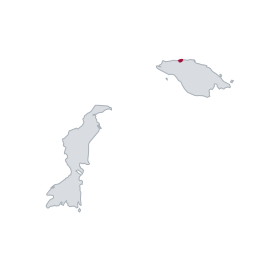 Melaka Tengah, Melaka, Malaysia (highlighted), rotated 143°
{"feature_id": "92858781B41999482633518", "entity_name": "Melaka Tengah", "entity_type": "district", "adm_level": 2, "iso_a3": "MYS", "parent_name": "Malaysia", "parent_adm1": "Melaka", "projection": "albers", "projection_center": [102.271, 2.246], "detail": "fine", "context": "in_parent", "style": "filled", "palette": "rose", "viewbox_px": 256, "rotation_deg": 143, "n_neighbors": 0, "source": "geoboundaries", "source_scale": "gbopen_adm2", "svg_char_len": 4357}
<svg xmlns="http://www.w3.org/2000/svg" viewBox="0 0 256 256"><g transform="rotate(143 128 128)"><path d="M221.5,126.8L220.0,126.6L218.0,125.4L216.0,125.0L210.1,125.0L209.3,124.7L208.1,125.4L206.1,124.8L204.9,124.9L203.6,125.6L201.7,125.0L200.9,126.1L199.7,126.8L198.4,129.8L198.2,133.3L198.5,135.4L197.9,136.6L197.7,139.1L197.2,140.2L195.6,140.7L194.9,140.3L193.4,141.8L193.0,142.5L193.0,144.9L194.2,145.6L194.1,146.1L191.7,148.1L189.7,149.3L189.3,150.3L190.2,152.4L189.9,153.4L188.8,153.9L188.0,156.6L187.0,158.4L186.6,158.6L185.1,158.0L179.6,158.8L177.9,160.3L176.4,161.1L175.1,160.3L174.5,160.4L169.2,158.9L169.0,157.6L168.5,157.4L163.1,157.5L159.8,159.0L158.6,162.4L156.8,162.7L155.5,163.9L153.2,163.8L151.7,164.1L149.5,163.6L147.3,163.5L140.5,165.8L138.3,164.2L131.5,158.2L130.6,157.2L130.4,155.3L129.6,155.0L129.4,154.5L129.3,153.9L130.3,152.4L131.3,154.4L133.0,155.4L135.9,156.2L138.6,155.9L142.4,157.8L143.6,158.1L144.9,158.0L147.3,159.5L148.7,159.5L146.8,158.5L146.4,157.7L146.6,156.8L147.9,155.6L148.0,153.7L149.0,151.8L149.2,151.0L148.5,150.3L148.3,149.2L148.8,147.6L150.1,148.4L151.2,148.2L151.1,145.3L151.9,144.0L153.2,143.1L166.0,140.1L168.1,139.4L169.5,138.5L174.1,132.3L179.5,126.5L180.2,124.4L180.1,123.0L180.5,122.6L181.1,122.4L182.3,123.2L182.9,123.7L184.1,126.2L185.2,126.3L187.0,128.6L187.4,128.9L187.9,128.7L189.3,127.2L189.7,126.1L189.4,125.9L190.0,124.6L189.4,123.8L188.9,120.9L192.1,118.8L192.1,121.2L193.1,124.6L194.7,125.1L195.5,124.9L195.0,123.8L194.9,121.8L194.4,120.5L193.4,118.7L196.1,118.3L198.1,116.5L198.4,115.3L197.1,114.6L196.6,113.7L196.5,112.8L198.6,110.6L198.9,111.2L200.2,111.4L200.8,111.3L201.8,110.4L202.2,109.1L203.8,107.3L204.7,104.5L208.7,99.9L211.9,94.5L212.5,94.9L212.7,96.3L212.1,98.9L213.5,98.2L215.9,94.7L217.3,95.2L217.3,96.2L217.9,98.0L221.9,100.3L222.5,102.6L221.6,103.5L222.0,105.7L221.7,106.4L220.4,107.1L224.0,106.4L226.1,105.1L227.4,107.2L225.4,108.1L225.8,109.1L227.8,108.5L229.0,107.7L230.2,107.8L232.0,108.7L232.6,109.2L233.0,110.3L234.3,110.6L237.1,112.1L239.7,112.0L240.6,112.8L240.5,114.7L239.2,115.8L234.0,117.5L232.6,117.5L230.6,116.9L229.2,117.3L228.4,119.1L230.0,120.9L232.8,122.8L233.1,123.3L232.6,124.2L226.4,125.8L225.1,125.7L222.8,124.8L221.5,126.8ZM20.8,101.8L21.5,99.2L22.5,99.0L23.4,100.6L26.7,101.7L27.7,101.4L28.1,101.6L28.6,102.0L29.5,104.1L31.6,104.1L31.8,107.4L30.9,108.7L30.7,109.5L32.2,111.1L33.1,110.7L33.9,109.3L37.3,108.0L38.7,109.5L40.0,109.4L41.0,108.9L41.7,107.1L43.1,105.8L43.6,104.1L45.6,104.6L46.3,104.9L48.6,108.5L51.5,111.0L53.7,112.4L55.0,113.7L58.7,120.1L59.1,122.2L59.3,125.4L58.7,130.2L58.1,132.6L58.2,133.7L59.1,135.5L58.9,137.1L59.0,142.2L60.1,144.1L63.3,146.3L68.0,156.2L68.8,159.0L68.3,160.0L67.5,160.3L66.8,159.7L66.3,158.4L65.2,157.3L65.4,159.3L63.3,159.0L61.9,159.3L60.3,160.7L59.5,160.7L58.0,158.2L52.7,155.4L50.8,154.7L48.7,152.5L44.1,150.1L41.1,147.8L39.9,146.4L36.9,145.1L35.6,143.6L34.3,142.8L35.0,141.3L34.4,138.5L32.2,136.0L31.2,134.3L29.2,132.5L27.6,130.3L28.6,129.7L27.0,127.3L26.5,125.6L26.5,122.4L24.9,117.9L23.5,111.6L23.8,109.4L23.4,107.1L20.8,101.8ZM216.0,92.4L215.3,93.0L215.1,91.3L216.1,90.4L217.4,90.2L217.5,91.7L217.2,92.2L216.0,92.4ZM17.7,101.5L18.5,102.8L17.9,103.5L17.4,103.3L16.5,103.8L15.5,102.6L15.4,102.1L16.6,102.2L17.7,101.5ZM150.5,147.8L150.2,147.9L149.6,147.5L149.5,144.0L149.8,143.7L150.4,144.4L150.5,147.8ZM23.3,113.7L22.5,115.3L21.6,115.1L21.8,113.3L22.3,113.0L23.3,113.7ZM225.0,126.6L223.4,126.8L222.3,126.8L222.5,125.9L223.0,125.7L225.0,126.6ZM68.0,144.5L67.1,144.6L66.9,144.1L67.6,142.9L68.0,144.5ZM34.6,141.6L34.0,141.8L34.1,141.1L34.5,140.7L34.6,141.6Z" fill="#d9dde1" stroke="#a8b0b8" stroke-width="1"/><path d="M43.5,149.6L43.5,149.8L43.8,149.9L43.8,150.0L44.0,150.1L44.1,150.3L44.2,150.5L44.3,150.5L44.5,150.5L44.8,150.7L45.0,150.7L45.0,150.8L44.9,150.8L45.0,150.8L45.3,150.9L45.4,151.0L45.5,151.0L45.8,151.0L46.0,151.1L46.3,151.2L46.3,150.9L46.5,150.9L46.7,151.0L46.7,150.9L46.8,150.9L46.9,150.7L47.0,150.6L47.0,150.4L46.9,150.4L47.0,150.3L47.0,150.2L46.9,150.2L46.7,150.3L46.4,150.3L46.2,150.3L46.1,150.2L46.2,149.9L46.3,149.5L46.2,149.5L45.9,149.6L45.7,149.7L45.5,149.8L45.4,149.8L45.2,149.8L45.3,149.7L45.4,149.4L45.4,149.2L45.2,149.1L45.1,149.3L45.2,149.5L45.0,149.4L44.9,149.4L44.7,149.4L44.4,149.4L44.3,149.5L44.2,149.5L43.9,149.6L43.5,149.6Z" fill="#f43f5e" stroke="#9f1239" stroke-width="1.5"/></g></svg>